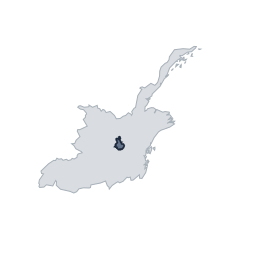 Meiktila, Mandalay, Myanmar (highlighted), rotated 231°
{"feature_id": "60261553B62690814577767", "entity_name": "Meiktila", "entity_type": "district", "adm_level": 2, "iso_a3": "MMR", "parent_name": "Myanmar", "parent_adm1": "Mandalay", "projection": "mercator", "projection_center": [96.117, 20.958], "detail": "fine", "context": "in_parent", "style": "filled", "palette": "slate", "viewbox_px": 256, "rotation_deg": 231, "n_neighbors": 0, "source": "geoboundaries", "source_scale": "gbopen_adm2", "svg_char_len": 6483}
<svg xmlns="http://www.w3.org/2000/svg" viewBox="0 0 256 256"><g transform="rotate(231 128 128)"><path d="M165.0,118.3L162.5,117.0L160.7,118.2L157.9,117.7L158.2,120.2L156.6,121.0L153.8,120.7L152.1,124.5L146.3,125.4L142.5,124.7L140.3,128.0L140.2,131.7L139.2,134.0L139.6,137.9L137.1,138.9L135.6,138.7L136.4,140.5L138.4,141.2L139.5,145.2L139.2,146.8L147.0,156.0L149.4,163.2L151.2,162.2L151.8,163.0L151.0,164.9L148.6,166.3L148.3,173.9L144.3,175.7L144.5,178.2L144.9,180.0L148.4,185.1L152.3,188.5L154.5,192.1L154.9,197.5L154.3,199.7L155.3,202.9L157.3,205.0L159.6,213.4L155.0,220.7L150.4,225.6L149.8,230.7L148.3,232.4L147.6,230.8L147.3,225.4L149.5,222.0L150.2,215.4L151.7,214.0L150.9,213.4L149.1,213.8L149.7,208.5L148.7,208.3L149.6,207.2L148.5,198.2L144.9,192.0L144.4,189.2L143.9,192.9L143.5,192.2L143.4,187.2L141.3,181.8L141.5,181.3L142.5,181.8L141.6,180.6L140.9,180.9L140.3,179.5L139.2,168.3L137.9,166.7L138.4,161.8L139.4,160.5L135.6,161.0L133.9,156.9L133.7,154.6L130.0,151.2L130.6,152.3L130.0,153.4L130.6,155.4L129.1,159.0L127.6,160.6L125.5,161.2L123.9,160.2L123.6,158.3L122.9,158.3L124.4,161.9L118.4,165.0L117.5,167.1L114.4,170.0L113.4,169.6L113.9,165.8L112.1,168.8L109.6,168.9L109.1,164.8L108.0,167.2L106.6,167.9L107.0,161.2L106.6,163.1L104.2,165.8L101.9,166.7L102.4,161.1L105.5,152.3L105.8,149.3L104.1,142.2L101.3,136.2L102.1,136.1L100.3,134.4L100.0,130.0L98.9,131.6L98.8,134.4L96.4,132.9L94.1,129.0L95.0,128.7L97.6,130.5L99.1,129.5L99.5,128.2L95.4,124.4L96.4,122.9L95.0,122.9L91.5,121.1L90.5,121.4L90.9,123.0L90.2,123.5L88.8,121.0L89.8,119.8L89.0,119.8L89.5,117.6L89.2,117.2L87.6,120.1L86.6,119.5L87.6,118.0L87.2,117.1L85.7,115.4L85.8,118.5L82.2,113.7L80.0,107.1L81.7,105.4L84.5,107.4L84.3,99.2L85.5,97.4L88.4,98.9L89.3,96.8L90.4,96.3L89.7,90.6L90.6,87.0L92.6,86.4L93.0,83.4L93.3,79.4L92.3,75.0L94.1,76.0L96.1,75.6L100.9,77.2L102.6,71.9L107.1,63.4L105.4,61.4L105.7,60.2L109.6,55.7L111.6,51.6L110.8,48.0L111.6,45.0L115.2,43.1L122.9,37.0L128.7,36.2L131.1,38.6L132.7,38.8L130.3,33.1L135.2,28.8L135.0,25.5L137.4,21.9L138.6,22.0L139.8,23.8L141.1,23.8L143.4,26.4L145.5,33.5L147.1,32.2L149.3,33.3L150.2,43.8L149.6,49.9L148.3,51.2L149.3,53.7L147.3,54.6L145.9,57.0L143.8,57.2L142.4,60.5L140.4,61.0L139.2,63.6L139.5,65.5L137.8,66.6L137.3,69.9L138.7,71.3L139.2,73.0L137.6,76.8L138.9,76.9L144.6,74.4L148.5,74.9L151.2,74.3L149.5,76.8L151.2,80.1L151.5,85.2L157.5,86.6L158.4,87.9L157.1,89.4L155.1,97.5L162.8,98.6L163.1,101.7L164.7,102.9L164.9,104.6L166.0,105.1L170.2,105.0L172.6,102.9L175.8,102.0L176.0,103.8L175.2,105.1L171.8,106.9L169.4,110.5L169.3,111.3L170.4,112.1L166.4,113.5L165.0,118.3ZM96.5,126.9L98.9,128.4L98.5,129.5L96.9,129.5L95.7,127.6L96.5,126.9ZM145.6,203.6L147.2,205.8L145.7,207.3L145.6,203.6ZM96.2,136.8L94.9,135.9L94.0,134.7L96.8,134.7L96.2,136.8ZM147.9,213.1L147.9,216.0L146.9,215.7L146.3,213.3L147.9,213.1ZM105.6,166.7L103.9,168.6L103.7,166.9L105.9,164.6L105.6,166.7ZM137.8,164.1L136.7,163.5L136.6,161.7L137.4,161.2L138.0,162.1L137.8,164.1ZM144.7,216.7L144.4,215.7L145.5,213.4L145.3,215.4L144.7,216.7ZM144.1,222.1L145.4,224.3L145.2,224.7L144.0,223.0L143.2,223.1L144.1,222.1ZM148.8,211.5L147.4,212.1L147.3,210.1L148.8,211.5ZM145.4,232.2L143.6,234.1L143.8,233.1L145.4,232.2ZM88.4,121.3L89.1,123.8L87.9,120.9L88.4,121.3ZM145.7,198.9L145.6,200.7L145.1,197.8L145.7,198.9ZM94.1,123.1L94.3,124.7L93.2,122.4L94.1,123.1ZM143.8,209.3L142.7,208.4L143.1,207.8L143.6,207.9L143.8,209.3ZM143.0,206.7L142.3,207.9L141.6,207.2L142.2,206.7L143.0,206.7ZM143.2,213.9L143.2,214.9L142.4,212.5L143.2,213.9ZM108.1,168.9L107.4,168.8L108.4,167.6L108.5,168.1L108.1,168.9ZM148.1,222.3L147.4,222.1L147.9,220.9L148.1,222.3Z" fill="#d9dde1" stroke="#a8b0b8" stroke-width="1"/><path d="M116.6,113.9L116.8,113.9L117.0,114.0L117.3,114.2L117.5,114.1L117.8,114.2L117.8,114.3L118.0,114.4L118.4,114.4L118.5,114.3L118.5,114.2L118.7,113.9L118.8,113.9L118.9,113.7L119.0,113.7L119.3,113.3L119.3,113.2L119.5,113.0L119.8,113.0L120.0,113.2L120.2,113.4L120.3,113.4L120.6,113.3L120.9,113.2L121.0,113.2L121.0,113.4L121.0,113.5L121.0,113.9L121.0,114.0L121.1,113.9L121.3,113.8L121.5,113.8L121.7,113.7L121.9,113.7L122.0,113.5L122.3,113.5L122.4,113.8L122.5,113.9L122.4,113.9L122.5,114.0L122.8,114.0L123.0,113.9L123.2,114.0L123.3,113.9L123.6,113.9L123.7,113.7L123.7,113.8L124.0,113.8L124.3,113.8L124.4,113.7L124.5,113.7L124.5,113.8L124.5,114.1L124.4,114.2L124.2,114.2L124.2,114.3L124.3,114.3L124.2,114.4L124.4,114.5L124.3,114.8L124.4,115.1L124.5,115.2L124.5,115.3L124.5,115.5L124.8,115.7L125.1,115.7L125.3,115.8L125.4,115.7L125.5,115.2L125.8,115.2L126.0,115.1L126.1,115.3L126.1,115.5L126.2,115.8L126.3,116.1L126.5,116.0L126.7,115.9L126.7,115.4L126.8,115.3L126.8,115.1L126.7,115.1L126.5,115.3L126.4,115.3L126.4,115.1L126.2,115.0L126.1,114.9L125.9,114.5L125.7,114.4L125.7,114.2L125.6,113.9L125.8,113.9L125.9,113.6L125.9,113.4L126.1,113.3L126.1,113.2L126.4,112.9L126.5,113.0L126.8,113.0L126.9,112.9L126.9,112.7L126.9,112.4L127.0,112.4L127.1,112.0L127.0,111.9L126.9,111.8L126.8,111.7L126.7,111.7L126.7,111.8L126.6,111.7L126.4,111.5L126.3,111.4L126.2,111.4L126.1,111.5L125.9,111.6L125.6,111.4L125.5,111.1L125.4,111.1L125.2,111.2L125.1,111.3L125.0,111.2L124.9,111.1L124.7,111.1L124.1,110.8L123.9,110.8L123.6,110.7L123.5,110.4L123.3,110.4L123.2,110.4L123.2,110.2L123.2,109.9L123.2,109.7L123.3,109.5L123.4,109.4L123.3,109.1L123.2,109.0L123.2,108.9L123.3,108.6L123.2,108.3L123.3,108.2L123.2,108.0L123.0,107.8L122.9,107.7L122.7,107.6L122.8,107.6L122.8,107.8L122.7,107.9L122.4,107.8L122.2,107.9L122.1,107.7L122.1,107.4L122.1,107.1L122.1,106.9L122.1,106.7L122.1,106.4L122.1,106.2L121.9,106.2L122.0,106.1L121.9,105.8L121.7,106.0L121.4,106.2L121.2,106.2L120.8,106.3L120.7,106.4L120.7,106.6L120.6,106.9L120.4,106.8L120.2,107.0L120.2,106.9L119.9,106.8L119.7,106.7L119.7,106.8L119.4,107.0L119.2,107.1L118.9,107.2L119.0,107.2L118.9,107.2L118.7,107.1L118.4,107.0L118.4,106.9L118.1,106.9L117.9,106.9L117.7,106.8L117.3,106.9L117.2,106.9L117.1,107.0L116.9,107.2L117.0,107.2L116.9,107.2L116.9,107.4L116.9,107.5L116.7,107.8L116.8,107.9L116.8,108.0L116.9,108.3L116.8,108.6L116.7,108.6L116.2,108.6L116.2,108.8L115.9,108.8L115.7,108.8L115.7,109.2L115.6,109.3L115.7,109.6L115.8,109.6L115.8,109.8L115.8,110.0L115.7,110.1L115.5,110.3L115.4,110.3L115.2,110.3L115.2,110.5L115.3,110.9L115.3,111.0L115.5,111.3L115.7,111.5L115.7,111.9L115.6,112.0L115.8,112.2L115.8,112.3L115.7,112.4L115.8,112.5L115.9,112.9L116.0,112.9L116.0,113.0L116.1,113.3L116.3,113.4L116.4,113.5L116.5,113.7L116.6,113.8L116.6,113.9Z" fill="#64748b" stroke="#1e293b" stroke-width="1.5"/></g></svg>